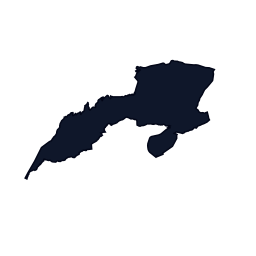 Álvaro Obregón, Distrito Federal, Mexico (Natural Earth projection), rotated 27°
{"feature_id": "50627088B40867789831211", "entity_name": "Álvaro Obregón", "entity_type": "district", "adm_level": 2, "iso_a3": "MEX", "parent_name": "Mexico", "parent_adm1": "Distrito Federal", "projection": "natural_earth1", "projection_center": [-99.259, 19.318], "detail": "fine", "context": "isolated", "style": "filled", "palette": "ink", "viewbox_px": 256, "rotation_deg": 27, "n_neighbors": 0, "source": "geoboundaries", "source_scale": "gbopen_adm2", "svg_char_len": 5816}
<svg xmlns="http://www.w3.org/2000/svg" viewBox="0 0 256 256"><g transform="rotate(27 128 128)"><path d="M61.0,219.3L60.7,217.8L60.6,216.1L60.3,215.8L60.6,214.1L60.4,213.6L60.1,213.1L60.2,212.3L60.6,211.1L63.0,208.1L63.7,207.8L64.2,208.0L65.2,206.7L65.3,205.8L65.0,205.4L65.2,205.0L65.0,203.8L65.5,202.9L65.6,202.3L65.8,201.7L65.7,200.4L66.3,199.7L66.5,199.9L66.7,199.0L66.6,198.6L66.8,198.2L66.7,197.8L67.1,197.2L67.4,196.1L67.8,195.5L67.8,195.2L67.1,194.4L67.2,194.0L67.8,193.8L68.1,193.5L68.7,193.7L69.5,193.6L70.0,193.2L71.0,193.2L71.9,193.0L73.2,192.1L75.5,192.5L76.3,192.3L77.6,191.8L77.9,191.5L78.4,191.5L79.0,191.2L79.1,190.8L79.4,190.6L79.8,189.6L80.3,189.0L80.6,188.9L81.3,189.2L82.9,188.5L83.1,188.1L83.8,187.2L84.0,186.8L85.5,186.0L86.3,185.2L86.5,184.5L86.5,183.7L86.9,182.8L87.6,181.9L87.8,181.2L89.3,180.3L90.5,179.1L92.3,179.2L93.6,178.7L94.2,177.5L94.4,176.1L94.7,175.9L95.5,174.5L96.1,174.0L96.3,173.3L96.2,173.0L95.8,172.8L95.6,172.0L96.0,171.7L96.4,171.1L97.1,169.8L97.8,169.3L98.1,168.1L98.9,167.9L99.5,167.5L99.9,167.0L100.4,167.0L100.7,167.2L101.0,166.9L101.0,166.0L105.2,163.2L102.6,159.0L103.9,156.7L105.3,154.7L105.9,153.6L105.9,153.1L106.1,152.4L106.3,152.2L106.5,151.6L106.8,149.5L106.7,149.2L106.8,148.3L107.7,147.7L108.4,146.1L107.8,145.9L106.8,144.9L106.2,144.8L106.9,144.1L107.8,143.0L109.6,141.9L109.3,141.7L108.2,141.2L107.8,140.4L107.3,140.1L107.1,139.7L107.0,138.6L107.4,137.9L107.1,137.7L108.1,135.1L107.9,134.8L107.7,135.1L107.7,134.7L108.0,134.1L108.6,132.9L109.6,132.4L110.3,132.2L110.2,132.4L110.4,132.7L111.1,133.0L111.9,133.1L113.1,131.1L114.3,130.0L115.0,129.1L115.6,128.5L116.3,126.5L116.9,125.5L118.1,124.1L119.4,123.0L120.3,121.4L120.6,120.5L121.5,119.1L122.6,118.6L123.2,118.7L124.2,118.5L126.3,118.6L126.8,118.4L127.7,117.7L130.3,117.4L130.7,117.1L131.4,116.9L132.0,117.0L132.7,117.5L134.3,120.5L134.9,121.3L135.9,121.1L136.3,121.3L137.7,121.0L138.4,120.5L138.8,119.8L140.6,118.8L141.1,118.3L142.3,117.0L142.6,116.4L142.9,116.1L143.2,115.6L144.9,114.8L146.8,113.7L147.6,113.7L149.5,112.9L149.6,112.7L149.5,112.4L151.1,111.6L152.1,111.3L154.1,111.1L154.6,110.7L155.9,110.4L156.4,109.8L156.9,109.8L157.3,109.5L157.5,108.9L157.9,108.6L159.1,108.4L160.2,108.8L160.5,108.7L161.0,108.8L163.8,107.0L164.6,107.0L163.5,109.0L164.9,108.4L165.3,108.7L163.9,110.2L162.9,111.9L160.4,117.7L159.8,118.8L158.4,120.4L152.9,124.9L152.3,125.8L152.0,126.4L152.0,127.5L152.8,132.8L153.6,134.8L154.9,136.8L155.8,138.0L157.0,139.0L158.4,139.7L159.3,139.9L166.1,141.3L166.3,140.2L166.6,140.7L171.1,135.5L170.9,135.2L170.3,135.2L170.3,134.6L175.9,124.1L176.1,115.1L174.7,112.5L174.6,111.9L174.7,111.5L174.1,111.4L171.4,111.9L171.5,111.6L172.5,110.1L173.1,109.5L176.5,108.6L179.2,108.0L179.8,107.1L180.1,106.9L180.1,106.1L180.3,106.2L181.1,105.0L182.0,104.3L182.5,103.6L183.2,103.3L183.5,102.6L185.1,101.0L185.7,100.8L186.3,99.6L186.8,97.7L187.1,97.6L187.8,96.9L188.6,97.2L188.9,97.0L189.3,94.8L189.4,94.4L191.5,92.2L191.9,91.4L193.5,89.8L195.7,86.8L196.9,83.8L195.4,82.7L194.3,81.2L191.4,77.9L190.1,79.3L189.9,79.9L189.6,80.1L188.0,80.3L187.3,80.6L186.0,81.5L184.2,81.5L183.1,80.9L182.2,80.2L181.1,80.1L179.4,79.6L179.7,76.0L178.8,73.5L178.9,70.7L178.4,69.1L178.9,64.5L178.8,62.4L178.8,59.1L180.0,55.4L181.8,47.5L181.7,46.9L179.8,41.4L179.2,40.4L178.3,39.5L178.2,38.9L178.4,36.7L173.1,37.5L169.6,39.0L161.8,40.2L159.9,40.9L157.9,42.0L150.1,45.1L148.8,45.3L146.7,45.1L144.3,45.7L143.3,46.1L141.9,46.1L138.8,47.5L137.6,47.5L137.2,47.6L136.3,48.3L136.1,48.7L136.1,50.6L135.5,52.3L133.3,54.2L132.4,54.6L130.7,54.1L129.8,54.3L126.2,57.7L120.0,62.4L116.7,65.9L116.0,66.5L114.3,67.4L111.3,68.0L110.4,69.1L109.2,68.9L108.6,69.0L108.2,69.3L108.0,70.0L108.4,71.1L109.6,70.8L109.8,71.7L109.7,72.2L109.4,73.1L109.0,73.7L109.6,74.1L110.1,74.0L110.7,73.4L111.4,71.9L111.7,70.9L112.2,70.5L112.6,70.8L111.1,75.0L111.1,75.9L111.4,78.4L111.3,79.1L111.0,79.6L112.6,80.3L114.6,81.1L115.4,81.6L116.1,82.2L116.2,82.8L117.3,89.5L117.9,92.1L117.8,93.8L118.0,94.1L118.7,94.0L118.8,94.3L117.9,95.0L117.4,95.8L116.7,95.9L116.2,96.3L116.3,96.4L116.9,96.1L117.5,96.2L118.0,95.9L118.1,96.1L117.0,96.7L116.7,96.7L116.4,97.0L115.4,97.3L115.2,97.6L114.4,97.4L114.1,98.1L113.5,98.3L113.4,99.0L112.8,99.1L112.7,99.7L112.2,99.9L111.9,100.4L111.1,100.4L110.3,101.8L109.6,102.7L108.6,102.6L107.5,103.5L100.5,107.1L99.5,107.2L98.9,107.5L98.1,107.4L98.2,107.9L98.9,108.4L99.1,108.7L99.1,109.6L99.0,109.8L98.7,109.9L97.5,109.5L95.7,108.3L95.1,108.3L94.7,108.5L92.4,114.2L92.5,114.8L93.1,115.6L92.0,115.1L91.6,114.7L91.6,114.0L92.2,112.1L92.2,111.8L92.0,111.7L91.6,111.9L90.6,113.1L90.0,114.5L89.0,116.3L88.9,117.0L89.4,118.5L89.4,119.0L88.6,120.7L88.5,121.6L88.8,123.1L89.5,123.6L89.7,123.9L89.6,124.5L88.0,125.0L87.3,125.5L86.9,126.2L86.7,127.3L86.2,128.8L86.0,129.3L85.7,129.3L85.2,128.7L84.6,129.0L84.3,129.0L84.2,128.9L84.3,128.1L84.0,127.5L82.8,126.9L82.3,126.1L81.9,124.8L81.4,124.4L80.9,123.6L80.6,123.6L80.5,125.8L80.1,126.4L80.0,127.4L79.6,127.6L79.5,127.9L80.0,128.5L80.1,129.4L81.1,132.5L80.7,134.1L80.1,134.4L80.0,135.3L79.9,137.3L79.6,137.3L78.6,135.9L78.1,135.5L77.2,137.3L76.6,137.7L75.8,139.7L75.3,139.7L74.8,138.9L74.5,139.0L74.4,140.1L74.0,141.3L73.2,142.0L72.9,141.9L72.6,141.6L72.7,140.8L72.6,140.2L71.9,139.3L71.7,139.4L71.4,140.2L70.9,140.0L70.7,140.1L70.3,140.6L70.1,141.5L70.0,141.8L70.3,142.8L70.2,143.0L69.3,143.0L68.8,143.6L68.6,144.1L68.5,145.9L67.8,145.9L67.4,146.0L66.9,146.8L66.3,147.3L66.8,148.3L66.2,150.2L66.0,150.6L65.6,151.9L65.6,152.6L65.8,153.1L65.7,153.5L65.7,153.8L65.6,154.4L65.7,155.3L66.0,156.2L66.2,157.1L66.9,158.2L66.5,160.5L66.1,161.1L66.0,162.2L66.4,164.1L66.8,164.8L66.9,166.4L66.4,169.0L66.0,169.5L65.8,170.6L65.9,171.2L65.6,171.9L65.6,172.8L65.4,174.2L64.1,176.0L59.8,184.7L59.9,200.0L59.2,213.2L59.1,219.3L61.0,219.3Z" fill="#0f172a" stroke="#020617" stroke-width="1.5"/></g></svg>